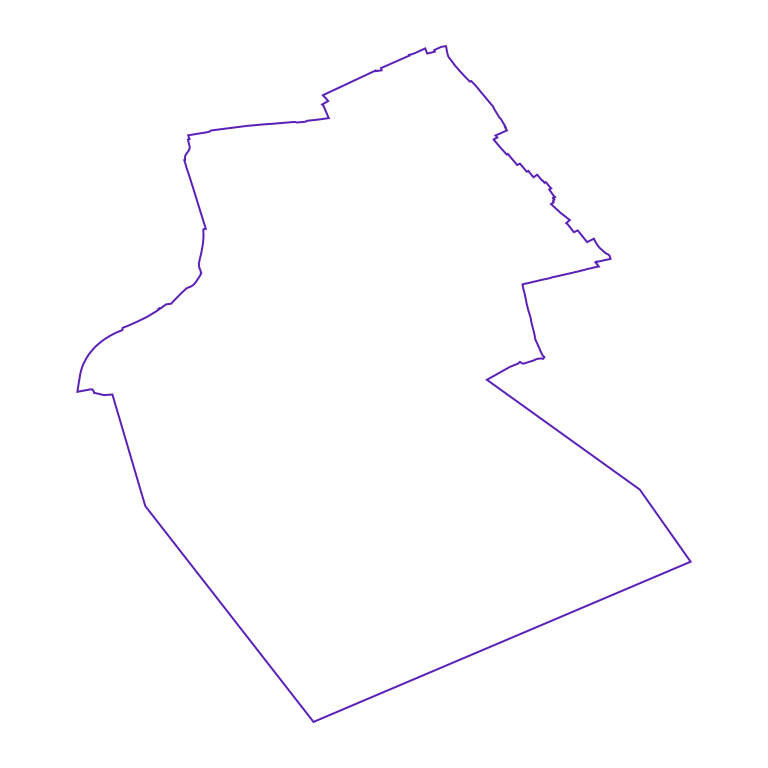 the district of Hoorn, Noord-Holland, Netherlands
{"feature_id": "6326949B50247401451622", "entity_name": "Hoorn", "entity_type": "district", "adm_level": 2, "iso_a3": "NLD", "parent_name": "Netherlands", "parent_adm1": "Noord-Holland", "projection": "robinson", "projection_center": [5.073, 52.632], "detail": "fine", "context": "isolated", "style": "outline", "palette": "violet", "viewbox_px": 768, "rotation_deg": 0, "n_neighbors": 0, "source": "geoboundaries", "source_scale": "gbopen_adm2", "svg_char_len": 5816}
<svg xmlns="http://www.w3.org/2000/svg" viewBox="0 0 768 768"><path d="M385.0,691.5L690.6,561.7L639.8,489.6L486.9,379.8L509.9,366.9L518.0,363.6L520.0,361.9L521.9,363.2L522.4,363.4L522.7,363.5L523.0,363.6L523.3,363.6L523.7,363.6L534.7,360.1L535.1,359.6L537.3,358.9L538.2,358.7L539.0,358.6L539.8,358.6L540.2,358.6L541.1,358.4L542.3,358.6L542.8,358.8L543.2,358.8L543.8,357.9L544.4,357.2L543.7,356.3L543.2,356.0L542.8,355.6L542.4,355.0L542.1,354.2L541.9,353.9L540.5,351.1L540.3,350.7L539.9,349.8L539.7,349.1L539.3,348.1L539.2,347.8L539.1,347.5L538.2,346.0L537.6,344.2L537.3,343.7L536.4,341.7L536.1,341.2L535.9,340.7L535.6,340.2L535.4,339.7L535.3,339.1L535.2,338.5L534.7,336.0L534.7,335.3L534.4,334.6L534.0,332.4L533.7,331.2L532.6,327.3L532.2,325.5L531.5,322.9L530.9,319.3L530.6,317.6L528.5,310.8L527.9,308.8L527.2,305.9L526.5,303.0L525.7,298.4L525.3,296.9L524.7,294.3L524.6,293.4L524.0,291.1L523.3,288.9L523.0,287.1L522.5,284.4L524.0,283.9L527.2,283.3L542.4,279.7L547.4,278.7L551.3,277.7L552.3,277.2L552.9,277.1L553.4,277.1L554.0,276.9L555.5,276.6L557.0,276.3L557.8,276.1L560.9,275.4L561.5,275.2L563.5,274.8L564.4,274.6L569.2,273.5L570.3,273.3L571.0,273.1L572.1,272.9L573.3,272.6L574.7,272.2L578.8,271.3L581.8,270.5L582.7,270.3L583.9,270.0L584.6,269.9L585.7,269.5L586.6,269.2L589.5,268.5L589.9,268.5L590.4,268.4L591.2,268.2L594.4,267.4L596.1,267.1L597.7,266.7L598.3,266.6L598.8,266.5L595.4,262.2L597.1,261.5L597.3,261.8L610.5,258.9L610.1,257.3L609.6,255.9L609.2,255.3L608.7,254.8L607.7,254.2L606.4,253.6L605.3,252.9L602.8,250.7L601.9,249.8L600.4,248.6L599.9,248.1L598.9,247.1L598.1,245.9L597.0,244.4L596.2,243.1L595.2,241.3L594.3,239.7L594.2,239.4L593.9,238.7L587.1,242.1L581.4,235.0L579.1,232.1L577.7,230.4L573.9,232.2L571.5,229.2L569.2,226.2L567.6,224.2L567.2,223.9L566.6,223.5L566.2,223.1L569.8,220.1L563.9,215.4L562.5,214.4L560.9,213.1L560.7,213.0L560.5,212.9L559.5,211.8L558.9,211.3L555.4,208.1L551.7,204.7L551.0,204.1L553.2,202.7L553.4,202.6L553.5,202.5L553.4,202.3L553.2,202.0L553.2,201.9L553.5,201.6L553.6,201.4L553.3,200.9L553.1,200.7L553.1,200.4L554.2,199.7L553.6,199.0L554.0,198.8L553.2,197.8L555.0,197.0L554.6,196.6L554.3,196.7L550.7,191.6L549.2,189.5L551.2,188.4L549.7,186.8L548.8,185.7L548.0,184.7L546.4,182.8L545.7,182.1L544.5,182.8L543.7,181.8L543.2,181.0L543.0,180.7L542.8,180.6L542.2,180.6L541.9,180.4L541.5,179.9L539.6,177.6L537.2,174.7L533.5,177.3L532.4,176.0L532.2,175.7L531.1,174.4L529.9,173.0L529.5,172.5L528.4,170.9L526.8,171.7L523.4,167.7L519.9,163.6L517.2,165.0L513.7,160.9L509.6,156.1L507.9,154.1L508.0,154.1L507.8,153.9L507.1,154.3L506.7,154.5L500.2,147.3L493.9,139.9L493.9,139.7L493.7,139.4L497.3,137.5L496.0,136.0L495.5,135.5L501.0,133.1L506.2,130.7L506.8,130.5L506.6,130.1L506.8,130.1L506.7,129.9L505.8,128.5L505.0,127.2L505.6,127.0L504.8,125.5L504.3,124.8L504.0,124.2L503.2,123.0L501.5,120.0L501.2,119.3L501.1,119.1L499.9,118.1L499.6,117.8L499.4,117.5L496.1,112.1L495.0,110.4L494.3,109.2L494.2,108.7L493.7,107.8L492.9,106.3L490.2,103.2L487.4,99.8L486.2,98.4L485.9,98.0L485.1,97.0L483.9,95.6L482.0,93.3L481.3,92.6L480.9,92.0L477.5,87.8L476.9,87.1L476.3,86.3L471.2,81.0L469.9,81.6L466.5,78.2L463.9,75.5L459.3,70.5L458.0,68.9L456.0,66.7L454.7,65.2L454.0,64.4L453.5,63.4L452.5,62.1L450.3,59.3L448.8,57.4L448.4,56.6L448.0,55.5L447.6,54.4L447.4,53.5L447.1,52.1L446.1,46.6L445.9,46.1L442.2,46.7L441.5,46.8L434.2,50.1L434.4,50.6L434.6,51.2L434.8,51.7L432.7,52.2L430.9,52.7L427.2,53.5L425.2,48.4L415.2,53.0L411.4,54.4L409.1,54.9L409.4,55.6L381.0,68.1L381.6,70.3L375.8,71.2L375.6,70.5L322.9,95.2L324.2,96.6L326.7,99.3L326.8,99.4L328.2,101.0L322.1,104.5L323.3,105.6L323.6,106.2L323.8,106.6L327.2,114.4L328.1,116.7L328.8,118.1L321.2,119.2L314.5,120.0L307.0,120.8L306.7,120.9L305.9,121.6L305.7,121.7L297.0,122.5L296.6,122.5L296.3,122.4L295.9,122.2L295.1,122.0L294.7,121.9L272.1,123.8L263.3,124.4L251.5,125.5L246.8,125.9L210.9,130.5L210.3,131.0L209.6,131.5L208.9,131.8L208.1,132.0L207.8,132.1L188.2,135.3L189.5,139.1L188.1,139.4L187.9,139.6L189.6,146.3L189.7,146.8L189.7,148.0L189.5,148.6L189.4,149.1L189.1,149.7L188.8,150.3L188.5,150.9L188.1,151.5L187.7,152.0L187.3,152.6L186.8,153.2L186.4,153.8L186.0,154.3L185.7,154.9L185.4,155.5L185.2,156.1L185.0,157.1L185.0,160.1L184.3,160.2L187.4,170.5L187.9,171.6L193.4,188.9L204.0,223.1L204.8,225.6L205.8,228.8L205.6,228.8L203.8,229.3L203.5,229.4L203.4,229.4L203.4,229.5L203.4,230.4L203.4,231.4L203.4,232.6L203.5,234.8L203.5,236.0L203.5,237.1L203.4,238.3L203.2,240.8L203.0,243.0L202.5,246.3L202.3,247.4L201.9,249.6L201.5,251.7L201.3,252.9L201.0,254.0L200.8,255.0L200.0,258.2L199.7,259.6L199.5,260.3L199.4,261.0L199.1,262.5L198.9,263.4L198.9,264.3L199.0,265.6L199.2,266.9L199.2,267.2L199.4,267.8L199.5,268.1L200.3,270.1L200.6,270.9L200.7,271.4L200.8,271.7L200.8,272.5L201.3,273.0L201.1,273.6L200.7,274.1L200.5,274.7L200.1,275.6L195.8,282.1L195.3,282.7L194.7,283.5L193.3,284.9L192.1,285.8L190.7,286.6L188.1,287.6L186.6,288.3L181.3,293.1L180.6,293.9L180.4,294.1L174.1,300.5L173.1,301.5L171.2,303.7L166.0,304.4L160.7,308.3L159.9,308.0L158.5,308.9L159.0,309.3L158.7,309.5L158.1,310.1L157.4,310.6L155.3,311.9L153.5,313.0L151.2,314.4L149.2,315.6L148.0,316.4L141.3,319.7L137.8,321.4L132.7,323.7L130.5,324.7L128.2,325.7L126.9,326.2L122.7,327.8L122.4,329.8L122.4,330.1L120.1,331.0L116.7,332.4L114.4,333.5L111.3,335.1L108.9,336.5L107.8,337.2L106.1,338.2L104.7,339.1L103.4,340.1L101.8,341.2L100.1,342.6L98.5,343.9L97.3,345.0L95.4,346.7L93.5,348.8L91.3,351.3L89.3,353.8L88.2,355.4L87.0,357.3L85.8,359.3L84.9,361.1L84.1,362.6L83.1,364.7L82.4,366.5L81.8,368.4L81.4,369.4L81.2,370.1L80.8,371.8L80.4,373.4L80.1,375.0L79.5,378.8L79.2,380.1L77.9,388.5L77.4,391.8L90.3,389.4L92.3,389.4L92.6,389.7L93.9,391.8L94.0,392.1L94.1,392.5L94.1,392.8L102.7,394.8L103.2,395.0L104.2,395.1L112.4,394.5L145.3,506.1L313.5,721.9L385.0,691.5Z" fill="none" stroke="#5b21b6" stroke-width="2"/></svg>